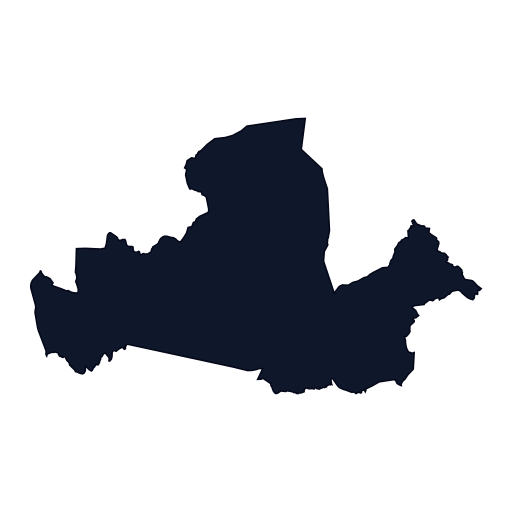 outline of Quiroga, Michoacán, Mexico
{"feature_id": "50627088B77362230794456", "entity_name": "Quiroga", "entity_type": "district", "adm_level": 2, "iso_a3": "MEX", "parent_name": "Mexico", "parent_adm1": "Michoacán", "projection": "robinson", "projection_center": [-101.552, 19.708], "detail": "fine", "context": "isolated", "style": "filled", "palette": "ink", "viewbox_px": 512, "rotation_deg": 0, "n_neighbors": 0, "source": "geoboundaries", "source_scale": "gbopen_adm2", "svg_char_len": 6036}
<svg xmlns="http://www.w3.org/2000/svg" viewBox="0 0 512 512"><path d="M401.3,385.6L401.1,384.3L402.4,381.7L403.3,380.6L404.8,379.4L407.9,374.8L413.3,369.1L414.2,352.5L412.3,353.2L409.7,352.3L409.2,352.3L408.2,351.6L406.6,348.3L405.9,345.4L405.5,342.1L405.5,340.2L404.4,336.7L406.4,336.4L408.9,333.6L410.0,331.5L409.8,328.9L409.9,326.3L410.4,325.3L414.2,321.8L414.2,320.6L413.1,319.2L413.0,318.4L416.0,317.7L418.7,315.5L417.6,314.3L415.7,310.5L411.9,307.3L414.2,305.7L424.1,304.5L424.7,303.5L429.1,300.1L431.6,300.3L432.2,300.8L433.5,300.3L434.4,299.1L437.1,297.9L438.6,297.9L439.4,299.9L440.9,298.8L444.3,297.7L447.8,294.6L449.7,294.0L451.5,291.8L453.2,291.0L457.9,290.1L459.3,290.5L461.3,291.7L461.4,292.3L462.5,293.4L467.3,297.5L469.8,298.8L472.8,299.7L474.3,298.0L474.4,295.9L475.2,293.7L477.4,294.4L477.6,294.2L477.8,291.1L478.2,290.0L479.7,290.4L480.2,289.6L481.3,288.7L477.1,285.5L474.7,282.8L472.9,281.1L471.7,280.5L465.3,279.5L464.8,279.1L463.4,277.3L463.4,276.4L462.2,275.2L462.4,272.5L462.1,272.5L461.8,270.1L461.5,269.5L460.4,268.8L460.0,268.0L457.8,266.2L456.7,266.3L455.0,267.2L453.0,266.6L452.5,264.8L451.7,264.3L450.2,264.1L448.4,262.9L446.9,262.6L446.5,261.7L447.6,259.9L447.6,258.2L448.2,257.1L447.4,256.5L446.2,254.8L444.5,253.2L442.1,253.1L440.7,252.6L440.2,251.9L439.2,251.6L437.6,250.7L437.1,249.5L438.9,243.4L438.7,242.1L438.5,241.6L436.6,240.1L436.6,238.2L436.2,237.7L432.0,235.0L429.1,232.9L429.0,231.7L429.5,228.4L425.5,228.1L425.0,227.8L424.9,226.9L424.0,225.9L421.4,225.9L416.7,223.9L414.1,220.0L413.3,219.8L412.1,220.7L411.9,221.6L412.8,222.4L412.5,222.9L413.8,225.8L411.9,226.8L412.1,225.9L411.1,225.8L410.5,227.8L409.7,228.5L409.6,229.0L409.2,229.4L408.5,230.9L407.9,230.9L408.4,237.3L408.2,237.9L405.6,237.6L403.3,239.4L401.8,239.9L401.2,240.5L401.2,241.3L398.8,242.7L397.0,246.2L395.0,248.7L394.7,249.6L395.0,252.0L393.2,256.3L393.1,257.5L392.7,258.4L391.0,260.3L390.0,263.0L389.7,264.8L387.9,267.3L382.5,267.7L373.5,272.3L369.4,274.7L369.4,275.3L366.3,277.2L364.1,277.5L358.0,281.0L352.5,282.5L349.1,284.8L348.2,285.1L345.3,285.1L342.5,284.9L339.9,286.0L339.0,286.7L334.2,293.1L323.6,261.2L324.3,251.5L327.7,245.2L327.8,244.3L327.3,243.3L327.7,239.8L327.3,238.4L328.2,238.1L329.5,230.5L327.4,188.8L323.6,177.3L322.2,171.7L322.0,168.8L301.3,149.4L305.3,118.4L295.9,118.8L246.8,126.1L241.2,130.9L232.5,135.5L225.3,137.5L214.7,138.7L207.2,144.4L201.0,150.6L198.7,151.7L199.0,152.5L197.8,152.9L197.3,154.9L196.3,154.7L195.1,158.4L191.4,157.8L187.1,160.7L186.3,164.1L184.6,167.9L185.6,168.4L186.3,169.1L186.5,171.0L186.0,172.6L185.6,175.0L187.3,183.2L189.2,187.8L190.1,189.2L191.3,188.7L192.4,188.9L194.9,190.2L197.0,190.7L198.3,191.7L200.4,191.6L201.4,192.3L202.1,194.7L203.9,195.3L205.7,196.5L206.3,197.3L208.7,209.2L208.4,212.3L199.9,216.2L196.5,218.8L195.1,221.9L193.4,222.4L191.8,226.6L188.1,227.4L186.5,233.0L183.7,237.6L180.6,241.8L179.0,241.6L177.4,240.8L175.6,238.9L173.4,237.7L170.5,237.3L167.0,236.2L164.4,236.2L162.8,236.9L161.0,238.2L159.9,239.7L158.3,243.2L157.3,244.2L152.7,247.0L152.4,248.5L151.6,249.0L151.0,252.1L149.9,252.5L147.4,254.2L146.6,253.9L145.4,254.1L143.3,253.5L140.7,254.9L140.2,254.6L139.5,252.1L138.8,251.3L137.1,252.1L135.9,252.3L134.8,252.0L133.9,251.3L133.2,250.2L133.1,247.3L132.7,246.7L132.0,246.5L128.3,246.4L127.0,245.5L126.5,244.5L125.5,240.4L124.9,239.5L123.1,239.4L120.2,240.4L118.6,240.1L118.0,239.4L117.4,237.8L116.5,236.8L110.7,232.8L109.5,232.7L108.1,234.2L107.5,235.3L106.3,244.1L104.9,248.3L102.2,248.6L100.7,249.0L85.6,248.3L76.4,248.6L75.9,265.9L75.4,272.3L76.2,273.9L76.6,276.0L76.8,278.4L75.7,281.4L77.3,285.9L78.2,289.2L78.2,291.5L77.5,293.1L72.6,292.6L71.6,292.1L71.2,292.3L68.2,290.5L66.9,291.0L60.3,288.4L53.9,286.2L51.7,284.9L53.1,282.9L49.9,278.5L46.4,276.8L45.4,276.9L44.4,276.5L41.6,273.1L41.3,271.8L40.6,271.0L40.5,270.3L40.2,271.4L39.4,272.9L32.5,280.2L31.4,282.4L30.9,284.2L30.7,286.4L30.9,288.4L35.6,305.7L35.7,307.5L35.1,311.0L35.0,312.7L37.6,327.9L38.4,330.7L45.9,350.4L46.1,351.8L45.9,354.1L46.5,355.8L46.7,356.1L47.0,355.0L46.9,354.6L48.7,353.4L51.9,352.3L53.8,352.4L55.6,351.9L56.1,352.4L57.9,352.6L58.6,354.6L59.3,355.8L60.0,356.4L61.2,356.6L62.4,357.4L63.1,357.4L63.6,356.7L65.0,356.8L66.7,360.1L67.7,361.4L68.6,361.9L69.3,363.5L69.7,365.1L74.4,369.7L75.0,370.6L75.5,371.7L77.2,372.0L78.4,372.7L81.0,373.6L82.4,373.9L83.3,373.6L83.6,373.2L84.1,373.1L85.3,370.9L85.4,369.9L85.1,369.6L85.4,368.7L85.3,367.5L86.1,366.5L88.9,369.5L91.3,371.0L92.2,370.4L92.7,369.7L92.6,369.4L93.3,368.1L94.3,367.2L96.1,364.3L96.3,364.7L98.2,364.8L99.4,362.7L99.8,360.9L100.7,359.1L100.4,357.8L102.1,356.4L103.6,353.6L105.1,353.2L105.6,353.5L108.7,357.3L109.2,358.6L108.9,360.9L109.7,361.1L111.4,359.1L112.0,356.7L112.2,353.0L112.0,352.4L112.9,351.4L113.1,350.7L114.8,350.6L115.6,351.2L116.3,351.2L117.8,349.8L119.8,348.4L122.1,347.4L123.1,347.7L123.4,348.0L123.6,348.8L124.9,349.3L125.5,348.2L125.4,347.2L125.1,346.6L126.1,345.8L126.0,345.5L125.6,345.4L127.4,344.2L233.4,367.1L247.6,370.6L252.5,370.4L257.0,369.4L258.8,368.6L261.6,368.6L262.8,368.4L257.6,379.4L261.6,379.1L262.9,378.3L271.0,383.8L270.8,385.5L271.7,386.6L273.3,391.0L274.6,392.8L275.9,393.6L277.8,393.1L281.3,390.7L282.0,391.2L285.9,391.5L287.1,390.8L292.5,391.8L293.2,392.1L293.6,392.6L294.7,392.4L296.0,393.0L296.3,393.4L298.3,393.6L298.8,392.9L300.8,393.0L304.1,391.8L304.3,389.2L304.6,388.9L305.6,388.6L306.3,387.6L307.1,387.6L307.4,388.3L308.9,388.8L312.2,388.6L314.0,389.0L314.4,388.9L314.5,388.1L316.2,387.7L316.9,388.7L319.6,389.1L320.1,388.5L321.8,388.1L323.4,387.2L324.3,387.6L326.6,386.8L326.9,385.7L328.7,384.9L328.7,384.3L330.2,384.9L330.8,384.3L331.9,384.6L331.5,383.6L330.9,379.8L331.1,378.7L332.6,378.6L337.7,385.9L339.2,387.5L343.6,389.5L345.9,390.1L351.3,392.2L354.3,392.2L356.0,393.6L358.9,392.0L359.0,392.3L359.7,392.7L360.8,393.1L361.5,392.5L361.4,391.5L361.8,390.9L364.1,389.7L365.2,391.7L365.4,390.8L365.8,390.8L365.9,388.9L372.0,386.0L379.2,381.9L393.6,379.7L395.5,380.2L397.1,383.5L399.0,384.7L401.3,385.6Z" fill="#0f172a" stroke="#020617" stroke-width="1.5"/></svg>